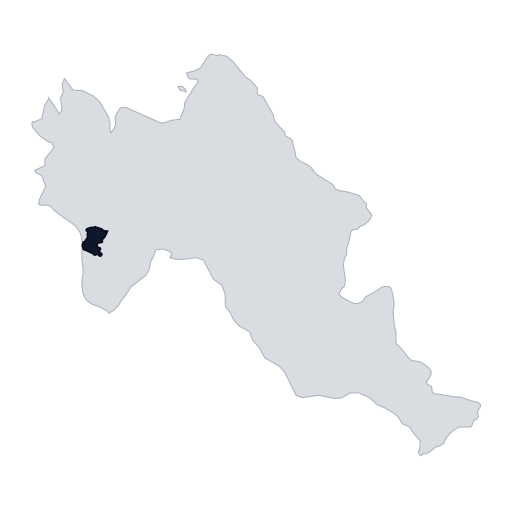 Phyonggang, Kangwŏn-do, North Korea (highlighted), rotated 89°
{"feature_id": "82179303B58088097152813", "entity_name": "Phyonggang", "entity_type": "district", "adm_level": 2, "iso_a3": "PRK", "parent_name": "North Korea", "parent_adm1": "Kangwŏn-do", "projection": "mercator", "projection_center": [127.257, 38.47], "detail": "fine", "context": "in_parent", "style": "filled", "palette": "ink", "viewbox_px": 512, "rotation_deg": 89, "n_neighbors": 0, "source": "geoboundaries", "source_scale": "gbopen_adm2", "svg_char_len": 4581}
<svg xmlns="http://www.w3.org/2000/svg" viewBox="0 0 512 512"><g transform="rotate(89 256 256)"><path d="M310.8,404.2L308.5,405.5L304.7,412.3L301.1,421.1L297.6,425.8L293.6,428.4L289.3,429.9L280.8,430.6L273.1,430.0L270.6,429.0L259.9,429.6L256.9,430.2L241.7,429.5L233.7,430.2L228.6,431.9L223.5,435.5L219.0,440.7L215.1,446.4L207.1,456.7L201.6,461.7L201.5,469.0L201.4,471.2L199.4,472.7L198.8,472.0L195.5,471.5L182.6,464.9L171.9,468.9L169.2,474.2L166.4,475.8L162.1,465.6L155.2,465.3L144.1,456.2L139.4,458.0L138.2,461.7L132.1,470.0L123.7,476.9L120.9,477.8L117.8,477.3L118.3,475.4L114.8,467.7L101.5,464.6L96.6,461.3L94.2,460.6L107.3,451.9L110.7,450.4L108.2,448.4L105.3,447.4L94.6,448.7L89.0,445.9L80.8,446.8L75.2,444.5L86.9,436.0L87.4,431.0L87.3,427.2L93.2,415.9L99.2,409.6L114.7,400.8L121.5,399.5L126.4,399.9L130.4,399.0L126.2,395.6L122.1,394.1L114.1,394.4L105.7,389.3L105.0,383.8L121.1,349.5L121.4,346.4L118.8,338.0L118.0,329.8L106.4,325.0L101.3,324.5L86.5,315.2L80.6,310.5L78.2,311.9L77.8,319.3L75.7,321.0L71.8,322.4L69.8,314.0L66.6,307.8L56.8,301.6L53.3,298.1L55.0,290.7L54.1,290.0L55.7,281.7L61.7,275.2L76.5,263.6L80.3,258.2L87.9,251.8L91.2,252.0L94.7,251.4L95.8,248.6L96.6,246.5L99.6,244.5L106.8,240.9L115.0,236.3L121.6,235.0L129.6,228.0L132.9,224.9L136.2,224.9L137.1,223.5L139.0,219.9L141.5,217.5L145.1,217.1L150.9,215.4L158.2,214.3L163.2,208.4L164.9,204.2L168.1,199.6L175.1,194.5L179.9,187.1L185.2,178.9L187.8,176.3L190.3,175.8L191.8,172.7L193.4,164.1L195.9,155.6L197.4,151.6L203.5,147.3L205.1,145.2L206.4,144.5L209.3,145.0L213.1,142.5L216.7,139.6L220.0,140.6L223.3,143.0L226.8,147.7L228.3,151.4L231.1,154.5L231.6,159.0L234.4,161.0L240.2,162.0L249.8,165.1L255.9,165.3L259.5,167.6L266.9,168.8L281.6,167.0L287.7,168.1L290.2,170.9L294.0,173.2L296.4,173.3L299.6,169.4L303.1,163.1L305.4,158.3L305.3,154.5L303.3,150.4L298.5,146.6L295.3,140.7L292.2,134.5L290.4,132.5L288.9,129.6L288.7,125.0L289.7,121.9L297.1,119.8L306.5,118.6L314.2,119.9L326.9,119.0L334.7,117.3L340.6,117.6L345.9,117.5L348.3,114.9L355.7,108.6L359.4,106.3L363.3,102.0L363.9,97.5L364.7,93.8L367.0,89.9L370.9,85.1L374.2,82.9L377.9,83.2L381.8,85.4L384.3,87.6L387.1,87.0L389.4,83.2L391.0,82.5L395.4,82.1L396.8,79.8L398.6,68.6L400.3,59.8L400.6,53.6L404.6,43.3L405.9,37.1L408.3,34.2L411.0,34.4L413.3,36.3L416.2,37.3L420.1,36.3L422.8,37.9L424.4,41.2L430.1,43.5L430.7,45.2L430.6,56.3L433.7,61.5L437.8,66.3L443.6,70.5L446.6,71.5L448.5,74.5L450.2,79.8L454.3,84.9L456.5,88.7L456.9,92.5L458.7,94.7L455.5,97.1L451.2,95.7L444.0,94.8L434.9,102.4L429.9,105.0L426.3,112.5L419.1,116.9L415.2,121.6L410.2,129.7L406.9,137.5L399.2,145.5L394.7,155.6L394.5,164.2L399.4,173.0L399.8,180.4L396.4,195.7L398.3,212.0L396.1,218.3L372.6,229.4L366.5,234.9L357.8,249.2L347.3,254.5L340.8,260.4L331.7,263.8L325.9,273.8L319.5,279.5L312.0,282.9L306.3,287.4L293.6,287.6L284.7,290.7L278.3,299.1L259.2,308.5L256.6,315.7L257.9,326.8L258.0,335.2L256.3,342.1L252.1,340.2L249.9,342.4L247.4,348.8L248.1,356.1L254.7,358.5L260.0,361.5L267.6,363.0L273.2,366.3L285.0,381.7L294.7,388.4L297.2,390.8L302.8,394.2L307.9,399.5L310.8,404.2ZM88.9,329.0L85.3,331.3L85.1,327.1L87.9,323.5L90.7,323.0L88.9,329.0Z" fill="#d9dde1" stroke="#a8b0b8" stroke-width="1"/><path d="M239.0,428.6L239.3,428.6L239.9,428.6L240.4,428.7L241.2,429.4L241.4,429.5L241.5,429.6L241.8,429.5L242.0,429.5L242.2,429.3L242.4,429.3L242.5,429.3L243.2,429.5L243.6,429.5L244.0,429.1L244.5,428.8L244.9,428.9L245.4,428.9L245.9,428.8L246.2,428.7L246.3,428.6L246.7,428.1L246.9,427.2L247.3,426.3L247.5,425.5L248.2,424.6L248.6,423.5L249.2,422.4L249.9,421.1L250.9,419.1L252.0,418.0L252.4,417.3L252.2,416.5L251.8,415.4L251.6,414.7L252.0,413.8L252.4,413.4L253.3,412.5L253.5,412.1L253.3,411.2L252.9,410.5L251.8,409.9L250.8,410.3L250.2,411.0L249.5,411.8L249.3,412.3L248.9,412.5L247.9,412.3L247.0,411.6L246.2,411.2L245.2,411.8L244.7,412.9L244.3,413.6L244.1,414.2L243.3,414.7L242.4,414.7L241.6,414.5L240.8,414.2L240.6,413.8L240.1,412.7L240.2,412.0L239.9,411.2L239.8,410.1L239.5,409.4L238.5,409.2L237.7,409.6L237.0,409.4L236.0,408.3L234.8,407.2L233.9,406.5L232.9,406.1L232.1,405.6L230.2,404.7L229.4,404.5L228.5,403.9L228.3,405.2L228.3,406.3L228.1,407.2L227.7,408.3L226.8,409.1L226.4,409.4L225.6,411.6L225.1,412.7L224.7,414.2L224.3,415.3L223.9,416.2L224.0,416.5L224.3,417.1L224.5,418.2L224.5,419.5L224.5,420.4L224.7,421.2L225.1,422.5L225.5,423.9L225.9,424.3L226.3,425.2L227.5,425.4L228.6,424.5L229.4,423.9L230.0,423.9L231.1,424.3L232.1,424.3L233.2,424.3L233.8,424.1L234.6,424.3L235.5,424.8L236.3,425.7L237.1,426.1L237.7,426.5L238.4,426.8L239.0,427.6L239.0,428.6Z" fill="#0f172a" stroke="#020617" stroke-width="1.5"/></g></svg>